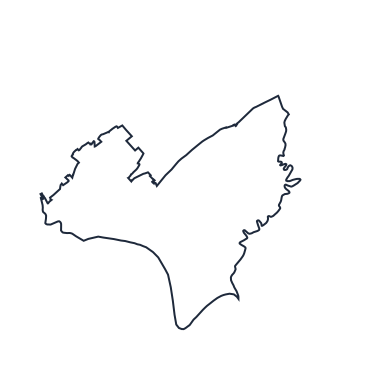 Galati, Galati, Romania (orthographic projection), rotated 47°
{"feature_id": "2599482B19472284697606", "entity_name": "Galati", "entity_type": "district", "adm_level": 2, "iso_a3": "ROU", "parent_name": "Romania", "parent_adm1": "Galati", "projection": "orthographic", "projection_center": [28.069, 45.5], "detail": "fine", "context": "isolated", "style": "outline", "palette": "slate", "viewbox_px": 384, "rotation_deg": 47, "n_neighbors": 0, "source": "geoboundaries", "source_scale": "gbopen_adm2", "svg_char_len": 5932}
<svg xmlns="http://www.w3.org/2000/svg" viewBox="0 0 384 384"><g transform="rotate(47 192 192)"><path d="M153.8,304.5L155.6,299.8L160.7,291.0L164.6,288.1L173.2,281.2L179.1,277.0L182.3,274.3L186.8,271.4L190.3,268.9L193.0,267.6L195.2,266.0L198.2,264.7L201.2,263.2L209.4,261.5L216.8,261.3L230.1,264.3L236.1,265.9L247.2,272.5L258.5,280.2L269.9,288.5L278.2,293.9L282.5,294.3L285.2,293.0L286.6,291.6L287.1,289.7L287.7,284.3L286.4,277.9L286.4,274.1L285.6,264.5L285.5,261.2L285.5,258.7L286.2,250.3L286.8,245.7L287.9,241.5L288.8,239.3L289.9,237.2L292.0,233.9L295.4,231.2L299.2,230.6L301.8,230.9L300.4,229.6L299.2,228.8L295.0,227.1L290.6,226.1L288.6,225.3L285.9,224.6L283.1,223.6L281.1,221.9L280.8,221.5L280.3,220.3L280.0,219.1L279.9,217.5L279.7,216.1L279.0,214.4L278.3,212.9L278.0,212.6L275.9,211.4L275.4,210.7L274.4,202.5L273.6,198.6L273.1,197.1L272.4,195.6L270.1,191.8L269.6,191.1L268.9,190.8L267.4,191.0L264.8,191.8L263.6,192.1L262.3,192.3L261.9,192.1L261.6,191.6L261.6,191.2L261.7,190.5L262.7,187.0L263.2,184.3L263.4,183.4L263.2,182.8L262.4,182.4L260.6,182.0L257.8,181.9L257.1,181.8L255.7,181.3L255.4,181.1L255.3,180.8L255.4,180.0L255.7,179.7L256.0,179.5L260.5,179.1L261.1,178.8L261.9,178.3L262.9,176.5L263.4,174.4L265.2,170.6L265.5,168.9L265.4,168.5L265.0,168.0L264.3,167.6L261.9,166.6L258.6,165.0L257.6,164.4L257.5,164.0L257.6,163.4L257.8,163.0L258.3,162.6L259.4,162.5L261.7,162.6L262.3,162.8L264.2,164.0L264.5,163.9L264.9,162.5L265.2,159.2L265.2,158.7L264.8,157.0L264.5,156.2L263.6,154.8L261.8,153.4L261.7,153.1L261.8,152.6L262.1,152.1L264.0,151.2L264.4,150.4L264.8,149.2L264.9,148.5L264.9,146.8L265.0,144.0L264.8,142.0L264.3,139.4L264.2,138.8L263.7,138.3L262.9,138.0L261.4,137.8L261.0,137.5L260.7,137.1L260.4,136.3L259.6,133.8L258.9,132.5L256.8,129.7L256.3,128.7L256.2,128.2L256.4,127.2L256.8,125.6L258.4,123.4L258.9,122.1L259.0,121.4L258.7,120.9L258.1,120.7L257.5,120.6L256.0,120.8L254.3,121.1L253.2,121.1L252.1,121.0L251.5,120.7L250.7,120.2L250.3,119.5L250.3,118.9L250.4,118.6L250.7,118.3L252.7,117.5L255.0,116.2L255.7,115.8L256.1,115.1L256.4,114.2L256.7,112.9L257.5,108.7L257.4,107.1L257.3,105.1L257.1,104.5L257.0,104.3L256.5,104.2L255.9,104.3L255.6,104.5L254.4,105.8L253.8,106.6L252.6,108.7L251.8,110.2L251.2,111.8L250.6,113.2L249.0,114.9L248.1,115.2L247.9,115.3L247.4,114.9L247.1,114.3L246.5,112.3L246.2,110.5L245.6,108.4L244.6,105.3L244.1,103.6L243.9,103.1L243.5,102.6L242.9,102.0L242.4,101.7L241.1,101.4L240.2,101.6L239.6,101.8L239.4,102.0L239.3,102.3L239.1,103.0L239.1,103.5L239.2,104.5L239.4,105.3L240.1,106.6L240.1,107.4L239.9,108.0L239.5,108.7L238.9,109.3L238.3,109.5L237.6,109.1L237.4,108.8L237.0,107.4L236.9,106.2L236.7,105.1L236.4,104.4L236.0,104.1L235.3,104.3L234.6,105.4L234.1,106.6L233.6,108.0L233.1,108.9L232.9,109.1L232.5,109.2L232.3,109.0L232.1,106.6L231.8,106.3L231.3,106.1L230.9,106.1L230.3,106.5L228.9,107.9L228.3,108.1L228.1,108.0L225.9,105.6L225.2,104.5L225.0,104.0L224.9,103.5L225.0,103.1L225.5,102.4L226.4,101.7L228.0,100.6L228.0,99.9L226.4,99.1L225.3,98.2L224.6,97.1L224.0,95.3L223.6,94.9L223.0,93.7L221.6,91.7L220.5,90.8L220.1,90.6L218.8,90.3L217.0,90.1L216.2,89.7L215.5,89.0L215.3,88.6L213.0,84.0L211.8,81.8L210.9,80.8L210.3,80.3L208.7,79.3L207.3,79.2L206.8,78.9L204.3,77.2L203.6,76.2L203.2,75.5L202.4,73.3L201.5,70.1L201.3,69.3L201.3,68.3L199.0,67.8L193.3,68.7L191.1,68.0L181.0,63.5L180.4,63.4L178.1,71.6L176.3,77.4L173.4,87.3L173.0,88.3L172.7,89.3L172.5,90.5L172.8,110.3L172.6,112.8L173.1,112.9L172.9,114.2L173.0,114.2L173.0,114.5L173.6,114.5L173.6,115.0L171.7,114.9L171.3,115.8L171.8,116.0L168.4,123.2L168.0,123.0L166.2,126.9L165.5,129.0L164.8,138.3L163.4,143.4L162.5,147.6L162.1,150.0L161.7,155.5L161.2,163.2L161.1,171.1L160.4,176.9L160.3,180.9L160.7,184.6L161.6,191.6L161.7,199.9L162.0,202.1L163.6,213.6L160.7,212.5L160.2,212.7L159.5,213.5L159.5,213.8L159.7,214.1L158.0,214.3L157.4,214.2L157.4,212.6L158.1,212.6L158.0,211.4L156.2,211.6L156.2,211.8L151.6,211.9L151.6,210.8L147.6,210.8L146.3,213.8L145.5,215.2L142.7,224.5L142.6,225.5L142.8,228.3L142.4,228.3L142.5,228.8L142.7,229.2L138.2,229.1L138.4,228.5L138.3,228.0L138.2,227.4L138.0,225.5L137.6,224.8L137.7,224.7L137.8,222.8L137.6,221.6L137.6,217.4L137.4,215.8L136.4,212.3L136.1,211.7L135.8,211.5L135.0,211.6L134.1,212.2L133.8,211.8L133.4,209.8L132.5,206.3L131.1,202.1L130.7,201.2L123.0,201.0L122.8,205.3L109.8,205.1L110.2,198.0L101.7,197.9L95.8,197.6L94.6,202.5L93.1,202.2L92.5,202.4L92.1,203.4L91.6,206.6L91.5,207.0L91.5,207.5L91.2,211.3L91.2,211.6L91.5,211.8L91.6,212.1L90.9,212.5L90.4,214.0L89.1,217.6L88.4,218.8L88.2,219.8L88.4,221.6L88.6,222.7L89.0,224.1L89.2,224.4L89.6,224.4L90.9,224.1L93.4,224.1L92.7,231.4L92.4,232.1L88.9,229.2L88.3,229.0L87.8,229.3L88.0,230.2L88.6,233.1L88.0,233.8L87.3,233.3L86.8,233.9L85.1,234.1L85.1,234.5L84.9,235.0L84.7,237.2L83.8,241.2L83.9,242.2L84.1,243.0L84.5,245.7L84.3,246.4L82.5,246.4L82.5,247.7L82.3,247.8L82.2,248.0L82.2,250.9L82.5,252.4L83.1,253.7L83.4,253.7L83.4,254.3L83.6,255.4L83.8,255.7L84.3,255.8L85.2,255.7L85.4,255.8L86.1,255.5L90.0,254.8L91.7,254.6L93.4,254.7L93.4,256.5L95.3,261.6L95.5,262.0L98.5,267.3L98.3,267.4L99.9,269.8L96.7,269.7L96.5,269.9L96.0,269.9L96.0,270.2L96.1,271.1L95.1,271.2L95.0,274.7L99.4,274.4L99.9,274.9L99.9,276.5L99.1,281.6L97.0,281.5L97.2,282.4L97.3,283.3L98.3,284.7L99.8,286.5L99.7,295.4L99.3,299.6L100.1,299.8L100.5,300.3L100.8,300.5L101.3,300.5L102.0,300.2L101.8,302.9L102.1,304.8L102.1,305.1L101.9,305.3L96.1,303.7L95.1,303.7L93.9,303.3L93.2,303.5L90.6,302.8L90.2,304.2L92.1,304.7L95.4,305.7L95.2,306.5L92.5,306.2L96.1,308.2L99.7,310.2L101.7,311.8L103.1,313.3L104.2,314.1L105.2,314.5L107.5,314.2L108.6,314.3L109.9,314.9L112.0,317.1L114.7,320.5L115.6,320.6L116.9,320.1L118.2,318.8L119.4,317.6L122.0,310.3L122.7,309.2L123.2,309.0L123.7,308.9L124.8,308.9L126.1,309.5L127.4,310.7L129.9,313.1L130.8,314.0L132.1,314.2L133.5,314.1L134.4,313.5L136.6,311.6L138.7,309.3L139.5,308.7L140.8,308.0L145.3,307.0L153.8,304.5Z" fill="none" stroke="#1e293b" stroke-width="2"/></g></svg>